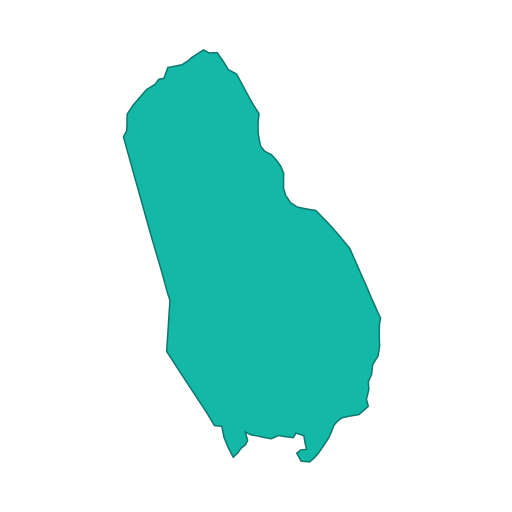 the district of São João, Pernambuco, Brazil, rotated 172°
{"feature_id": "56859067B85962492334697", "entity_name": "São João", "entity_type": "district", "adm_level": 2, "iso_a3": "BRA", "parent_name": "Brazil", "parent_adm1": "Pernambuco", "projection": "equal_earth", "projection_center": [-36.391, -8.885], "detail": "fine", "context": "isolated", "style": "filled", "palette": "teal", "viewbox_px": 512, "rotation_deg": 172, "n_neighbors": 0, "source": "geoboundaries", "source_scale": "gbopen_adm2", "svg_char_len": 1369}
<svg xmlns="http://www.w3.org/2000/svg" viewBox="0 0 512 512"><g transform="rotate(172 256 256)"><path d="M320.8,93.9L313.6,92.1L312.9,80.6L310.1,69.8L306.5,59.9L301.2,63.8L297.3,67.9L292.7,70.5L289.9,74.7L291.1,83.1L285.5,79.4L279.3,77.5L273.9,75.4L266.4,72.9L258.6,75.1L251.8,72.9L244.3,71.0L241.1,75.1L233.6,71.3L233.4,63.8L232.8,57.4L238.5,57.7L243.1,55.1L239.9,46.6L231.6,44.6L226.3,48.0L221.2,52.5L214.8,59.5L209.2,66.0L205.8,71.3L202.3,77.6L198.4,81.0L193.3,83.8L185.9,84.4L176.3,84.6L165.7,91.5L166.6,98.7L162.9,108.0L162.2,115.9L158.1,122.5L155.6,132.1L149.1,139.9L146.2,149.2L144.7,162.5L143.3,170.9L141.3,177.1L143.8,185.2L145.2,190.5L147.5,198.1L149.6,206.3L151.2,212.1L153.5,220.0L159.7,242.0L162.1,250.6L171.9,266.4L179.5,277.9L190.5,292.8L198.7,295.3L208.3,298.7L214.5,304.2L218.2,312.0L219.3,319.5L217.1,334.1L218.9,341.2L221.7,346.8L226.5,354.1L232.8,358.5L236.2,364.2L236.8,375.5L236.2,382.2L235.1,389.3L233.2,396.4L237.4,405.7L240.6,413.7L247.1,431.4L250.0,438.9L257.4,444.4L261.5,453.7L266.2,462.8L274.2,463.6L279.3,467.4L291.5,461.8L296.3,458.7L302.8,455.7L317.1,454.9L322.4,444.8L327.8,444.5L331.8,440.2L341.2,436.1L356.8,422.4L363.8,414.5L366.5,398.3L370.7,392.3L359.7,310.2L357.1,290.9L351.6,253.7L348.9,232.6L347.4,224.0L355.8,183.4L357.8,174.0L347.9,152.7L326.3,107.0L320.8,93.9Z" fill="#14b8a6" stroke="#0f766e" stroke-width="1.5"/></g></svg>